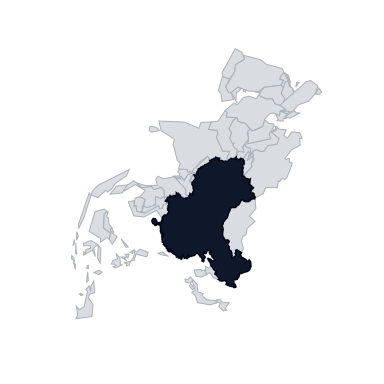 location of China within Asia, rotated 103°
{"feature_id": "CHN", "entity_name": "China", "entity_type": "country or territory", "adm_level": 0, "iso_a3": "CHN", "parent_name": "Asia", "parent_adm1": "", "projection": "albers", "projection_center": [106.815, 35.887], "detail": "fine", "context": "in_parent", "style": "filled", "palette": "ink", "viewbox_px": 384, "rotation_deg": 103, "n_neighbors": 45, "source": "natural_earth", "source_scale": "50m", "svg_char_len": 17910}
<svg xmlns="http://www.w3.org/2000/svg" viewBox="0 0 384 384"><g transform="rotate(103 192 192)"><path d="M183.7,129.1L180.2,130.7L178.1,134.6L174.5,132.8L171.8,137.6L166.4,138.0L166.8,143.5L164.9,145.6L153.5,139.1L151.3,140.9L146.8,138.7L139.5,142.3L136.2,139.4L137.1,133.8L135.7,130.8L129.9,128.8L126.2,120.0L120.7,119.1L115.4,128.7L113.4,124.1L109.6,123.7L111.2,121.1L110.1,114.1L116.0,115.4L118.4,111.4L110.9,108.3L109.9,100.5L115.0,96.7L115.7,99.2L122.0,97.0L128.4,104.4L138.1,108.9L139.1,107.9L137.3,104.8L141.4,103.6L141.1,101.2L142.3,100.7L156.3,102.7L159.0,104.4L158.5,107.3L162.3,109.0L161.7,110.4L168.5,109.7L171.1,121.2L177.4,122.2L183.7,129.1Z" fill="#d9dde1" stroke="#a8b0b8" stroke-width="1"/><path d="M115.4,128.7L120.7,119.1L126.2,120.0L129.9,128.8L135.7,130.8L137.1,133.8L136.2,139.4L138.7,142.1L145.9,139.7L144.0,141.4L148.8,145.2L145.4,146.3L143.0,145.2L144.0,143.1L141.0,142.7L138.0,145.4L136.4,144.6L136.2,149.1L133.8,151.5L122.5,127.6L117.6,129.9L115.4,128.7Z" fill="#d9dde1" stroke="#a8b0b8" stroke-width="1"/><path d="M335.9,261.5L341.4,276.6L337.8,275.8L329.3,278.9L332.0,275.2L328.1,271.5L312.6,271.4L310.7,273.4L306.6,271.1L311.8,268.1L307.0,269.4L300.6,267.7L311.8,264.3L314.6,268.8L318.4,269.2L323.7,263.2L335.9,261.5ZM285.8,291.0L284.4,294.2L281.0,295.0L282.4,292.5L285.8,291.0ZM316.7,278.8L315.8,277.2L316.7,275.1L317.9,276.7L316.7,278.8ZM257.0,261.9L255.4,264.5L261.6,269.9L257.8,270.7L253.4,283.4L232.8,282.0L228.3,273.6L230.5,269.4L233.5,272.5L244.4,270.8L247.0,270.0L250.4,262.1L257.0,261.9ZM293.2,275.7L301.7,273.0L303.3,274.6L293.2,275.7ZM290.0,277.4L287.5,277.4L286.7,276.5L290.1,275.7L290.0,277.4ZM290.3,261.7L293.4,263.9L292.6,269.4L289.2,265.1L290.3,261.7ZM267.7,268.0L282.0,265.4L277.4,269.4L265.8,271.1L265.6,273.1L268.9,275.0L276.6,271.7L271.0,275.9L278.0,283.5L274.8,283.9L276.1,281.7L271.9,282.6L269.5,278.0L267.3,279.1L268.6,285.4L266.4,286.1L262.0,279.4L264.6,271.5L267.7,268.0ZM271.3,295.9L264.7,295.8L268.0,294.9L271.3,295.9ZM267.9,293.6L275.1,291.7L278.2,290.3L277.9,291.7L267.9,293.6ZM260.5,292.7L265.0,293.7L256.6,295.4L260.5,292.7ZM218.4,289.6L241.6,291.6L252.8,294.2L248.8,295.4L216.0,291.9L218.4,289.6ZM209.7,276.4L218.7,282.5L217.6,289.5L213.7,289.4L206.5,285.1L184.2,258.2L191.1,259.5L200.7,268.6L206.8,270.8L211.1,274.3L209.7,276.4Z" fill="#d9dde1" stroke="#a8b0b8" stroke-width="1"/><path d="M286.4,292.1L289.0,289.2L293.8,288.2L286.4,292.1Z" fill="#d9dde1" stroke="#a8b0b8" stroke-width="1"/><path d="M63.9,122.0L59.5,123.8L54.8,129.0L56.9,124.1L62.2,121.3L63.9,122.0Z" fill="#d9dde1" stroke="#a8b0b8" stroke-width="1"/><path d="M67.1,121.1L62.2,121.3L67.6,119.9L67.1,121.1Z" fill="#d9dde1" stroke="#a8b0b8" stroke-width="1"/><path d="M61.6,123.5L58.4,124.9L61.2,122.6L61.6,123.5Z" fill="#d9dde1" stroke="#a8b0b8" stroke-width="1"/><path d="M61.6,123.5L69.6,126.3L68.0,129.8L62.6,127.9L62.6,131.8L56.4,131.6L54.8,129.0L61.6,123.5Z" fill="#d9dde1" stroke="#a8b0b8" stroke-width="1"/><path d="M80.4,167.3L85.8,171.0L93.3,169.8L85.7,176.4L79.4,171.0L80.4,167.3Z" fill="#d9dde1" stroke="#a8b0b8" stroke-width="1"/><path d="M79.4,164.9L80.4,163.0L82.6,162.2L81.9,164.9L79.4,164.9Z" fill="#d9dde1" stroke="#a8b0b8" stroke-width="1"/><path d="M80.4,146.8L80.3,152.1L77.3,148.1L80.4,146.8Z" fill="#d9dde1" stroke="#a8b0b8" stroke-width="1"/><path d="M68.0,129.8L69.6,126.3L75.7,127.2L79.7,123.0L84.3,122.6L87.7,125.8L87.5,131.2L83.3,134.5L84.6,140.9L82.9,148.9L73.6,145.2L68.0,129.8Z" fill="#d9dde1" stroke="#a8b0b8" stroke-width="1"/><path d="M86.5,176.2L92.5,172.1L97.0,183.2L89.4,186.0L87.3,189.1L72.6,188.4L73.4,180.9L82.1,182.8L86.6,178.6L86.5,176.2ZM94.7,168.6L93.4,168.7L94.5,168.2L94.7,168.6Z" fill="#d9dde1" stroke="#a8b0b8" stroke-width="1"/><path d="M208.3,241.7L209.7,236.0L218.8,237.2L220.2,235.2L223.5,238.1L223.2,241.5L218.1,243.6L219.4,245.3L210.9,246.1L208.3,241.7Z" fill="#d9dde1" stroke="#a8b0b8" stroke-width="1"/><path d="M216.4,236.0L209.7,236.0L208.3,241.7L201.0,237.8L197.5,249.2L206.2,258.0L203.0,259.2L194.0,251.4L199.2,242.0L195.7,232.6L198.1,229.7L194.2,222.9L197.0,219.5L202.4,217.8L205.5,220.8L204.6,226.4L210.8,224.4L215.1,227.0L217.5,232.4L216.4,236.0Z" fill="#d9dde1" stroke="#a8b0b8" stroke-width="1"/><path d="M222.8,236.3L216.4,236.0L217.5,232.4L212.9,224.6L204.6,226.4L205.5,220.8L202.4,217.8L207.2,215.9L207.0,212.5L211.1,217.2L214.5,217.4L215.5,219.9L212.9,221.7L222.6,231.4L222.8,236.3Z" fill="#d9dde1" stroke="#a8b0b8" stroke-width="1"/><path d="M202.4,217.8L197.0,219.5L194.2,222.9L198.1,229.7L195.7,232.6L199.2,242.0L195.6,247.1L196.2,238.3L193.2,227.2L187.7,230.1L184.3,228.7L185.5,222.6L181.1,212.5L190.6,198.6L196.0,197.6L196.8,194.2L200.1,196.7L196.3,207.1L199.2,206.9L201.3,210.3L200.3,212.7L205.5,213.8L202.4,217.8Z" fill="#d9dde1" stroke="#a8b0b8" stroke-width="1"/><path d="M213.5,246.6L219.4,245.3L218.1,243.6L223.2,241.5L223.3,233.4L212.9,221.7L215.5,219.9L214.5,217.4L211.1,217.2L208.4,212.2L217.1,209.8L224.5,215.1L217.8,222.4L227.2,233.2L228.4,243.3L215.9,251.8L213.5,246.6Z" fill="#d9dde1" stroke="#a8b0b8" stroke-width="1"/><path d="M271.6,146.9L270.7,151.8L266.7,156.1L269.1,159.9L261.5,162.2L262.3,158.1L259.5,157.0L261.0,154.8L264.1,150.4L267.1,150.8L266.5,149.3L269.8,145.5L271.6,146.9Z" fill="#d9dde1" stroke="#a8b0b8" stroke-width="1"/><path d="M265.0,162.6L269.3,159.1L272.9,163.9L273.2,169.1L267.6,172.4L265.4,165.7L267.0,164.9L265.0,162.6Z" fill="#d9dde1" stroke="#a8b0b8" stroke-width="1"/><path d="M184.5,129.0L193.7,126.1L202.8,130.4L206.4,124.0L215.1,130.1L221.3,129.7L224.3,132.5L228.6,132.9L235.5,129.2L240.0,129.9L238.8,136.3L243.2,134.9L247.0,137.5L234.8,145.3L231.5,144.6L230.5,146.6L231.6,148.7L228.8,151.4L217.1,155.3L208.4,151.8L198.9,150.8L197.2,146.1L188.7,141.8L189.5,137.1L184.5,129.0Z" fill="#d9dde1" stroke="#a8b0b8" stroke-width="1"/><path d="M196.8,194.2L196.0,197.6L190.6,198.6L182.4,211.0L181.6,206.2L180.2,207.8L178.9,206.1L182.8,202.3L176.5,200.4L173.6,196.4L172.3,198.2L173.9,200.1L171.3,201.8L172.8,202.9L171.9,210.3L166.7,209.9L164.6,213.4L150.3,220.8L144.5,221.2L139.1,235.9L130.3,240.2L125.6,215.1L128.4,199.7L122.2,198.9L119.4,188.9L127.3,189.9L126.3,181.4L130.1,179.5L132.8,180.7L145.3,171.3L143.8,164.3L151.2,165.6L154.1,163.9L155.5,168.0L152.8,176.0L157.4,181.4L153.8,184.7L160.8,190.9L172.3,196.2L174.9,191.7L174.7,194.6L176.8,196.1L182.7,196.7L182.3,193.9L194.1,190.4L194.1,193.5L196.8,194.2Z" fill="#d9dde1" stroke="#a8b0b8" stroke-width="1"/><path d="M181.6,206.2L181.0,214.8L179.3,208.4L176.8,207.9L175.8,210.5L172.5,209.3L171.3,201.8L173.9,200.1L172.3,198.2L173.6,196.4L176.5,200.4L182.8,202.3L178.9,206.1L180.2,207.8L181.6,206.2Z" fill="#d9dde1" stroke="#a8b0b8" stroke-width="1"/><path d="M182.3,193.9L182.7,196.7L174.7,194.6L178.3,191.6L182.3,193.9Z" fill="#d9dde1" stroke="#a8b0b8" stroke-width="1"/><path d="M173.3,192.0L172.3,196.2L170.1,195.9L153.8,184.7L158.6,180.9L167.7,189.9L173.3,192.0Z" fill="#d9dde1" stroke="#a8b0b8" stroke-width="1"/><path d="M154.1,163.9L151.2,165.6L143.8,164.3L145.3,171.3L132.8,180.7L130.1,179.5L126.3,181.4L127.3,189.9L119.4,188.9L116.9,182.4L104.8,177.9L107.2,175.3L111.2,175.5L109.5,164.5L112.7,167.8L122.1,170.2L125.1,166.8L131.2,167.4L141.8,156.6L149.6,157.3L150.7,161.6L154.1,163.9Z" fill="#d9dde1" stroke="#a8b0b8" stroke-width="1"/><path d="M127.3,148.8L136.7,152.6L141.6,150.2L142.0,156.0L145.8,154.9L149.6,157.3L140.1,157.4L139.9,160.2L137.0,162.9L134.9,162.0L135.1,164.2L131.2,167.4L125.1,166.8L122.1,170.2L112.7,167.8L109.5,164.5L112.8,163.1L113.0,155.7L118.0,149.3L121.4,151.7L127.3,148.8Z" fill="#d9dde1" stroke="#a8b0b8" stroke-width="1"/><path d="M133.8,151.5L136.2,149.1L136.4,144.6L144.0,143.1L143.9,145.4L139.9,146.2L148.6,149.7L149.5,156.4L142.0,156.0L141.6,150.2L136.7,152.6L133.8,151.5Z" fill="#d9dde1" stroke="#a8b0b8" stroke-width="1"/><path d="M145.9,139.7L151.3,140.9L153.5,139.1L164.9,145.6L148.6,149.7L139.9,146.2L140.8,144.7L148.8,145.2L144.0,141.4L145.9,139.7Z" fill="#d9dde1" stroke="#a8b0b8" stroke-width="1"/><path d="M109.6,123.7L113.4,124.1L114.4,128.3L117.6,129.9L122.5,127.6L132.1,148.0L131.3,149.7L130.0,148.2L119.6,151.3L118.0,149.3L118.9,146.9L113.3,138.8L105.3,137.2L107.9,132.6L107.3,128.4L109.0,126.5L112.5,128.3L112.4,124.2L109.2,125.7L109.6,123.7Z" fill="#d9dde1" stroke="#a8b0b8" stroke-width="1"/><path d="M82.9,148.9L84.6,140.9L83.3,134.5L87.5,131.2L88.0,123.1L90.4,119.4L92.9,123.7L97.9,124.1L96.7,130.5L98.7,134.3L104.8,137.6L112.0,137.8L118.9,146.9L113.0,155.7L112.8,163.1L109.5,164.5L111.2,175.5L107.2,175.3L104.8,177.9L96.0,171.2L96.7,167.5L88.6,163.4L85.9,158.1L86.5,150.4L82.9,148.9Z" fill="#d9dde1" stroke="#a8b0b8" stroke-width="1"/><path d="M62.6,123.1L67.1,121.1L68.2,117.2L72.4,115.3L83.3,122.4L79.7,123.0L75.7,127.2L63.9,125.8L62.6,123.1Z" fill="#d9dde1" stroke="#a8b0b8" stroke-width="1"/><path d="M93.6,124.1L91.1,116.8L92.4,114.7L95.4,117.9L93.6,124.1Z" fill="#d9dde1" stroke="#a8b0b8" stroke-width="1"/><path d="M87.7,125.8L72.4,115.3L69.4,116.7L71.1,114.8L68.8,112.3L59.0,105.8L56.7,101.4L60.4,93.1L68.9,94.2L77.3,98.8L83.1,108.0L91.6,112.3L92.1,119.6L90.4,119.4L87.7,125.8ZM65.5,88.1L68.7,90.6L68.7,93.6L62.2,92.0L65.5,88.1Z" fill="#d9dde1" stroke="#a8b0b8" stroke-width="1"/><path d="M142.9,244.9L141.7,247.5L137.4,247.8L137.0,241.4L139.5,237.5L142.9,244.9Z" fill="#d9dde1" stroke="#a8b0b8" stroke-width="1"/><path d="M259.9,201.3L260.1,208.7L259.3,211.2L256.9,206.9L259.9,201.3Z" fill="#d9dde1" stroke="#a8b0b8" stroke-width="1"/><path d="M98.7,116.4L100.1,119.8L102.5,119.1L103.3,125.2L101.7,124.4L97.3,128.2L97.9,124.1L93.6,124.1L93.9,120.2L95.1,116.1L97.5,118.5L98.7,116.4ZM92.9,123.7L91.9,122.5L92.1,119.6L93.4,121.4L92.9,123.7Z" fill="#d9dde1" stroke="#a8b0b8" stroke-width="1"/><path d="M90.5,104.4L98.2,113.6L98.0,118.3L89.7,111.0L91.5,108.2L90.5,104.4Z" fill="#d9dde1" stroke="#a8b0b8" stroke-width="1"/><path d="M264.7,238.7L261.4,235.6L265.2,236.2L264.7,238.7ZM271.3,246.6L270.4,241.6L271.8,243.1L273.6,240.0L271.3,246.6ZM278.4,243.3L283.2,249.5L282.6,252.2L280.9,249.7L279.7,251.3L280.4,254.5L276.5,253.6L273.8,249.5L268.8,252.1L273.0,247.2L279.0,245.4L278.4,243.3ZM260.6,243.9L253.5,250.8L259.8,241.7L260.6,243.9ZM265.3,221.3L265.2,232.6L272.0,233.1L273.0,236.4L269.1,234.2L262.2,234.4L263.0,232.4L259.5,230.3L260.6,221.2L265.3,221.3ZM267.7,243.2L266.7,239.3L270.6,239.6L267.7,243.2ZM277.4,236.7L278.8,239.6L276.4,239.3L276.3,242.6L273.5,236.3L277.4,236.7Z" fill="#d9dde1" stroke="#a8b0b8" stroke-width="1"/><path d="M199.7,256.9L208.7,259.9L212.5,271.3L203.3,267.0L199.7,256.9ZM257.0,261.9L250.4,262.1L247.0,270.0L233.5,272.5L231.1,271.1L230.5,269.4L235.5,269.6L236.1,267.4L241.4,266.0L245.0,262.0L248.8,262.2L252.5,254.8L260.8,258.0L257.0,261.9Z" fill="#d9dde1" stroke="#a8b0b8" stroke-width="1"/><path d="M248.8,259.2L248.8,262.2L246.6,263.2L245.0,262.0L248.8,259.2Z" fill="#d9dde1" stroke="#a8b0b8" stroke-width="1"/><path d="M297.9,149.0L298.5,161.7L292.2,165.5L289.9,169.7L287.3,167.0L278.4,171.6L281.3,173.1L281.0,178.4L278.3,179.2L278.3,176.4L275.2,174.2L281.0,166.1L287.9,163.9L288.6,158.1L290.5,159.0L293.7,153.6L292.6,144.5L294.6,143.2L297.9,149.0ZM298.3,133.5L299.2,131.8L300.9,134.7L297.6,140.1L293.8,139.3L293.8,142.8L291.5,143.7L290.3,140.9L292.6,137.5L291.5,131.0L298.3,133.5ZM282.0,172.0L284.8,168.4L287.3,169.4L284.1,173.8L282.0,172.0Z" fill="#d9dde1" stroke="#a8b0b8" stroke-width="1"/><path d="M73.4,180.9L72.6,188.4L68.7,189.5L42.6,182.1L44.8,174.7L50.7,170.6L58.1,178.1L65.8,177.5L73.4,180.9Z" fill="#d9dde1" stroke="#a8b0b8" stroke-width="1"/><path d="M54.6,129.4L60.7,132.1L62.6,131.8L62.6,127.9L68.0,129.8L73.6,145.2L79.0,149.6L81.0,159.2L79.4,171.0L86.5,176.2L86.6,178.6L82.1,182.8L65.8,177.5L58.1,178.1L50.7,170.6L47.2,172.4L47.7,154.8L50.8,148.2L51.4,131.8L54.6,129.4Z" fill="#d9dde1" stroke="#a8b0b8" stroke-width="1"/><path d="M66.4,114.6L61.4,114.5L61.2,112.2L66.4,114.6Z" fill="#d9dde1" stroke="#a8b0b8" stroke-width="1"/><path d="M224.3,215.3L223.7,214.8L222.6,215.0L221.5,214.1L220.7,213.9L220.4,212.4L221.0,211.6L219.3,211.0L218.5,211.1L216.9,209.9L215.8,210.5L215.3,211.4L214.5,211.7L213.8,211.4L213.3,212.1L212.4,211.4L212.0,212.0L211.5,211.4L210.6,212.3L209.3,211.4L208.3,212.4L207.2,212.1L206.6,212.7L207.1,214.0L207.0,215.9L205.7,215.7L205.3,214.1L204.0,214.8L202.7,214.7L202.2,213.1L200.2,212.6L201.3,210.3L199.6,209.5L199.2,207.4L199.7,206.8L198.0,206.6L196.2,207.1L196.7,206.2L196.3,205.0L197.0,204.3L197.3,203.2L199.6,201.6L199.5,201.0L199.8,200.6L200.1,199.1L200.0,196.5L199.6,196.2L199.1,196.5L198.8,194.7L197.7,193.6L197.4,193.5L196.8,194.3L195.0,193.4L194.2,193.5L195.1,192.5L194.8,191.6L194.0,191.9L194.0,191.5L194.7,191.0L193.9,190.3L192.2,191.4L190.3,190.3L187.9,191.8L186.6,191.9L184.9,193.3L184.8,193.7L183.0,194.1L182.1,193.9L182.2,193.4L181.4,192.8L180.7,193.0L178.0,191.6L176.8,192.1L174.9,194.0L174.7,193.3L175.1,191.9L174.6,191.6L172.0,191.9L170.8,191.6L169.6,190.6L169.0,191.0L168.4,190.3L167.9,190.8L167.3,189.6L166.0,189.2L166.2,188.4L165.3,188.3L164.1,186.9L164.0,186.0L162.7,185.8L162.0,184.3L160.0,182.4L159.8,181.5L158.3,181.1L157.3,181.8L156.5,180.4L155.5,179.7L155.6,179.0L154.0,177.7L153.6,176.5L152.7,176.6L153.1,174.7L152.8,172.8L153.6,172.8L153.9,173.7L154.7,173.4L155.1,171.5L154.6,170.3L154.8,168.8L155.6,168.1L154.4,166.6L154.3,164.7L154.5,164.1L152.4,163.2L151.6,162.4L151.5,161.9L150.6,161.8L150.3,161.0L150.7,160.1L150.7,159.2L149.8,158.7L149.8,158.1L147.9,156.8L149.8,156.6L149.5,155.8L150.1,153.5L149.2,152.3L148.5,152.5L148.1,152.1L148.6,149.6L149.3,149.5L149.3,148.8L149.9,148.2L151.9,148.0L152.1,147.5L153.7,147.6L153.7,148.6L155.1,148.9L156.9,147.4L159.5,148.0L160.2,147.3L161.2,147.0L164.7,146.5L165.0,144.6L165.9,144.2L165.8,143.7L166.7,143.5L166.5,140.6L166.9,139.3L167.2,138.9L166.2,138.1L170.1,137.7L170.5,138.4L171.6,138.8L172.0,138.0L171.6,137.3L174.1,133.1L175.9,134.2L177.1,134.5L177.3,134.9L178.8,134.6L179.2,134.1L179.4,132.1L180.0,131.0L181.7,130.8L182.7,129.3L184.5,129.4L184.5,129.9L184.2,130.2L184.7,130.8L184.5,131.2L185.4,131.9L185.5,132.4L186.3,133.2L187.1,133.3L188.6,134.6L189.4,138.1L189.1,138.9L189.1,139.6L188.2,141.0L188.5,142.0L193.8,143.5L196.0,145.6L197.3,146.0L197.2,146.7L197.5,147.0L198.0,149.1L198.9,150.8L200.7,150.8L205.5,151.9L206.6,151.6L209.8,152.2L211.1,153.4L213.1,154.0L214.4,154.8L216.1,154.5L216.1,155.1L217.2,155.3L221.0,153.3L226.5,152.8L228.7,151.7L230.0,150.0L231.9,148.8L230.7,146.9L231.0,145.5L231.6,144.7L232.6,144.7L233.3,145.2L235.1,145.5L236.1,144.7L237.0,143.4L239.2,143.0L240.2,142.1L240.8,140.4L242.3,140.0L242.5,139.4L243.1,139.5L245.2,138.5L246.3,138.8L247.3,138.5L247.3,138.0L246.8,137.2L244.1,135.0L242.7,135.2L242.0,136.3L240.7,135.7L239.7,135.9L239.1,136.4L238.5,135.9L238.2,135.2L238.7,134.8L238.7,133.8L240.0,130.1L242.4,130.7L243.4,129.6L244.8,128.8L244.9,128.2L244.5,127.9L245.8,124.2L246.9,122.6L246.5,121.3L245.3,121.0L246.8,119.2L251.4,117.7L253.8,118.5L254.2,118.2L255.3,118.5L256.9,120.1L258.7,123.5L259.6,124.5L259.9,125.5L260.5,125.8L260.6,126.9L261.6,127.4L262.9,127.0L263.8,127.5L264.6,127.3L266.2,128.4L266.9,128.3L267.1,129.1L267.7,129.7L267.8,130.7L268.6,131.5L271.4,130.7L272.4,129.2L274.3,127.9L275.1,128.0L275.1,128.7L275.7,129.5L275.0,131.0L275.2,134.1L274.8,135.4L274.9,136.2L274.5,136.6L274.6,137.7L274.3,138.1L271.9,137.8L271.4,139.0L270.6,139.7L271.7,141.7L272.2,143.8L272.1,145.2L270.9,146.1L271.3,146.3L271.3,146.6L270.5,146.1L270.4,145.7L269.6,145.5L269.6,147.2L268.8,147.5L268.3,148.8L266.4,149.4L267.2,150.4L267.0,151.1L264.9,151.1L264.3,150.5L263.8,150.7L262.7,153.4L260.6,155.2L259.5,157.0L258.2,157.4L256.6,158.5L255.0,160.4L254.3,160.7L254.3,161.1L253.3,161.6L253.1,161.1L254.3,160.4L254.1,160.0L254.4,159.5L253.2,159.7L253.2,159.2L253.7,158.8L253.6,158.2L254.1,157.8L254.9,156.0L253.8,154.8L253.6,155.2L252.4,155.2L251.1,157.4L248.9,159.1L248.2,160.9L246.8,161.5L246.1,161.1L245.6,161.4L245.2,162.8L245.6,163.6L246.4,164.2L248.6,164.4L249.0,165.3L248.9,166.5L249.7,167.0L250.8,166.8L251.7,165.1L252.7,164.4L254.9,165.3L255.8,164.9L257.3,165.1L256.9,166.2L257.1,166.5L256.8,166.9L255.8,166.7L253.9,168.0L253.4,168.0L253.6,168.5L253.2,168.7L253.2,169.6L252.7,169.9L252.4,169.4L252.1,169.5L251.9,169.8L252.4,170.1L250.7,172.4L250.3,173.8L253.1,175.2L255.0,178.7L255.1,179.8L256.4,180.3L256.8,181.1L257.8,181.7L258.0,182.3L257.8,182.3L256.7,182.0L255.8,182.1L254.6,181.6L253.5,182.2L255.1,181.9L255.3,182.3L257.7,183.5L258.2,184.2L258.4,184.6L257.3,185.2L256.2,186.5L255.1,186.7L254.5,187.2L255.2,186.9L255.7,187.4L257.1,186.6L258.3,187.5L259.4,187.6L258.1,189.0L259.0,188.4L259.3,188.8L259.3,189.9L258.7,189.6L258.1,190.0L258.8,190.5L258.4,190.6L258.8,190.8L258.4,191.5L258.9,192.5L258.1,192.8L257.7,192.5L257.3,193.4L256.8,193.6L257.1,193.9L256.6,194.9L256.7,195.4L255.6,197.9L255.2,198.0L254.9,197.4L254.7,197.7L254.3,197.6L255.3,198.8L254.3,199.8L253.4,199.7L254.0,200.2L254.7,199.9L254.9,201.7L253.8,201.7L254.1,202.3L253.3,202.4L253.2,203.3L252.6,203.6L252.7,204.3L251.2,204.4L250.6,204.9L251.2,205.5L250.2,206.9L249.8,206.9L249.6,207.7L249.3,207.3L248.8,207.8L248.3,207.6L247.3,209.8L245.1,210.3L244.8,210.7L243.9,210.5L243.0,211.1L242.5,210.8L242.2,211.5L240.8,211.6L239.6,210.7L239.6,209.9L239.3,210.0L238.8,210.6L239.5,211.5L239.6,212.6L238.5,213.1L238.3,212.7L238.0,213.6L237.0,214.0L236.4,213.5L236.2,214.2L235.2,213.9L234.3,214.8L232.7,215.0L231.5,215.9L231.1,215.6L230.4,216.8L231.0,217.0L230.9,217.5L231.4,218.0L231.0,218.6L229.7,218.5L229.9,218.2L229.0,216.9L229.7,215.2L228.7,214.6L228.7,215.1L227.6,215.4L227.4,215.0L226.5,214.9L225.7,214.1L225.8,214.9L225.3,214.7L224.3,215.3ZM232.5,219.4L232.9,220.4L231.9,221.5L231.5,223.1L230.4,224.0L228.8,224.7L226.5,223.8L226.3,221.6L228.0,220.3L227.8,220.2L228.0,219.9L230.5,219.3L231.7,219.5L231.9,219.0L232.5,219.4ZM258.1,182.9L257.2,182.9L256.4,182.2L257.0,182.3L258.1,182.9ZM259.9,187.3L259.2,187.2L259.0,186.9L259.8,187.0L259.9,187.3ZM255.4,201.0L255.1,201.5L255.1,200.9L255.4,201.0ZM230.7,216.6L231.4,216.3L231.4,216.7L230.7,216.6Z" fill="#0f172a" stroke="#020617" stroke-width="1.5"/></g></svg>